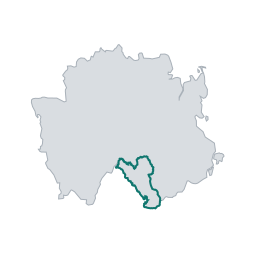 location of Sachsen within Germany, rotated 73°
{"feature_id": "DEU-1601", "entity_name": "Sachsen", "entity_type": "State", "adm_level": 1, "iso_a3": "DEU", "parent_name": "Germany", "parent_adm1": "", "projection": "natural_earth1", "projection_center": [12.997, 50.915], "detail": "fine", "context": "in_parent", "style": "outline", "palette": "teal", "viewbox_px": 256, "rotation_deg": 73, "n_neighbors": 0, "source": "natural_earth", "source_scale": "10m", "svg_char_len": 8705}
<svg xmlns="http://www.w3.org/2000/svg" viewBox="0 0 256 256"><g transform="rotate(73 128 128)"><path d="M109.8,214.0L103.4,210.5L97.7,210.8L96.8,209.7L94.8,209.8L91.9,208.0L89.3,209.0L88.7,210.1L88.9,210.7L91.5,210.8L91.8,211.3L89.2,212.4L84.8,212.0L79.7,213.0L75.3,212.9L72.9,212.0L72.2,210.4L72.5,208.0L73.6,204.8L73.9,202.5L73.5,201.0L74.1,198.8L75.9,195.9L78.6,187.3L84.4,181.4L84.3,179.3L74.6,177.2L73.0,176.6L71.6,175.0L63.8,176.0L63.2,174.4L61.2,173.7L59.0,175.0L58.2,174.8L55.4,171.0L54.7,169.2L53.3,168.1L51.1,167.9L51.9,164.4L54.0,161.8L54.1,159.6L49.8,157.9L47.7,155.4L47.2,152.6L48.6,149.3L52.2,147.3L51.8,144.1L48.9,142.4L48.7,141.9L50.0,140.7L45.6,137.0L46.7,133.4L46.0,132.3L44.0,131.5L43.3,130.4L44.8,130.1L48.4,127.6L48.6,127.2L47.6,126.9L47.5,125.8L49.9,120.5L49.9,119.6L48.1,117.0L48.1,116.0L45.6,113.1L45.6,112.2L49.7,110.3L53.1,111.6L54.4,110.8L56.1,111.0L60.3,109.6L61.5,108.0L59.9,106.7L60.1,105.6L64.8,102.7L65.6,101.3L66.0,98.6L65.4,97.7L64.8,97.1L60.8,96.6L59.8,95.0L60.2,93.0L60.9,92.6L65.8,92.6L67.9,86.7L69.0,84.8L69.6,77.4L67.0,75.2L68.1,71.0L70.0,68.7L71.5,68.1L77.7,67.7L84.6,67.9L87.4,71.3L86.3,73.1L88.0,73.9L88.8,73.6L89.9,70.4L90.5,69.9L93.3,72.0L93.3,74.8L94.2,71.0L93.7,68.4L94.1,65.8L95.8,63.6L100.9,64.5L106.5,64.0L108.5,65.0L113.2,70.0L116.8,71.1L114.1,70.0L108.4,64.0L102.4,62.4L101.0,60.7L101.2,54.6L99.0,53.4L96.5,53.8L96.2,52.4L96.6,51.4L102.1,49.8L102.3,48.2L97.4,42.3L97.3,39.7L101.5,39.9L106.5,41.1L107.8,41.9L114.3,40.8L119.3,42.5L121.6,45.0L121.7,47.2L118.7,49.7L123.7,49.3L124.9,51.2L127.6,50.5L134.3,53.3L139.4,51.9L140.3,54.2L139.3,56.5L135.7,58.9L136.4,60.5L137.6,60.8L141.0,60.5L146.3,62.0L153.5,57.3L159.2,56.8L167.7,49.8L175.9,51.1L178.0,54.1L183.5,57.4L188.5,57.1L190.3,60.2L191.1,64.1L194.0,66.1L198.2,67.0L199.0,71.0L201.1,77.4L201.1,79.4L200.3,81.6L199.0,83.4L196.2,85.6L196.0,86.9L203.1,92.3L205.0,95.1L203.9,99.1L205.0,101.0L206.2,101.6L206.7,102.6L206.7,104.9L207.5,105.6L206.1,109.8L204.8,111.5L205.2,112.9L207.1,115.5L207.1,118.7L211.0,120.8L212.6,125.1L211.6,128.9L208.1,135.4L205.2,134.5L205.4,133.1L204.9,133.0L203.9,131.3L199.7,130.2L198.6,131.1L200.7,133.5L192.0,136.8L185.7,138.1L183.4,140.6L182.3,140.1L179.8,141.1L178.7,142.7L175.7,143.2L174.3,145.2L171.0,144.6L167.0,145.5L165.2,146.5L161.9,150.5L159.3,147.4L158.6,147.4L158.4,148.4L160.0,150.7L160.6,152.5L165.3,155.9L166.3,157.3L164.0,161.0L168.5,167.7L171.9,170.8L173.8,170.8L178.0,174.9L180.8,176.3L182.9,179.2L185.6,179.6L189.8,183.0L190.6,184.2L190.1,188.5L188.0,190.1L184.5,188.6L182.4,193.9L173.4,197.7L170.8,200.0L170.8,200.8L174.5,205.2L174.5,207.2L173.4,209.3L176.0,209.8L176.4,210.9L175.6,215.1L171.8,213.6L171.0,211.2L169.4,210.5L165.6,211.3L160.5,209.3L160.0,211.7L151.2,212.6L145.0,214.9L143.2,216.4L138.4,217.1L137.2,217.0L135.2,214.1L127.1,213.3L125.7,217.8L124.6,219.1L122.1,219.9L122.5,217.9L120.0,217.1L119.9,215.8L118.2,214.5L114.0,212.8L112.2,214.0L109.8,214.0ZM188.2,51.8L188.6,53.3L188.2,54.1L186.1,52.8L184.1,52.8L182.9,54.9L182.0,55.0L178.8,53.1L178.3,52.2L178.5,48.0L179.5,47.1L179.7,45.8L181.4,44.5L183.0,44.4L184.2,46.4L187.2,47.7L187.5,48.2L185.9,49.9L186.2,50.8L188.2,51.8ZM197.3,61.8L197.4,63.7L192.2,63.5L191.7,62.1L192.1,60.8L190.4,59.3L190.4,57.7L197.3,61.8ZM91.4,41.0L90.2,42.9L90.5,39.6L92.6,36.1L93.4,36.2L92.3,37.8L92.0,39.8L96.5,40.0L96.0,40.6L91.4,41.0ZM144.3,51.0L141.5,51.0L139.4,49.8L140.7,48.3L143.4,49.0L144.3,51.0ZM95.7,44.1L95.0,44.7L92.3,44.1L94.3,43.0L95.4,43.3L95.7,44.1Z" fill="#d9dde1" stroke="#a8b0b8" stroke-width="1"/><path d="M201.2,130.8L200.8,130.7L200.6,130.5L200.4,130.3L199.7,130.2L199.2,130.2L198.7,130.6L198.5,131.3L198.3,131.5L198.5,131.6L199.1,131.7L199.5,131.8L199.4,131.9L199.3,132.0L199.7,132.6L200.4,132.8L200.9,133.0L200.8,133.6L200.3,133.9L198.8,133.9L198.2,134.0L197.6,134.5L197.4,134.7L194.5,135.8L194.2,135.8L193.5,135.7L193.1,135.8L192.9,135.9L192.6,136.2L192.4,136.3L192.2,136.3L191.9,136.3L191.7,136.5L191.7,137.1L191.6,137.3L191.3,137.4L190.8,137.7L190.5,137.7L189.6,137.6L189.2,137.7L188.5,137.9L188.2,137.9L186.5,137.9L185.7,138.1L184.9,138.4L185.1,138.8L185.0,139.1L184.8,139.4L184.5,139.6L184.6,139.8L184.5,140.0L184.3,140.1L184.0,140.4L183.7,140.7L183.3,140.7L182.9,140.6L182.8,140.4L182.5,140.1L182.4,140.0L182.2,139.9L182.1,140.0L181.3,140.5L181.2,140.7L181.0,141.2L180.6,141.3L180.3,141.2L180.0,141.0L179.7,141.0L179.0,142.4L178.8,142.7L178.3,143.0L177.3,143.0L176.8,143.1L176.5,143.2L176.1,143.1L175.8,143.0L175.7,143.0L175.4,144.1L175.3,144.5L175.0,144.8L174.5,145.2L173.8,145.2L172.1,144.3L171.8,144.3L171.4,144.5L171.1,144.5L170.8,144.5L170.5,144.6L170.3,144.8L169.8,145.3L169.6,145.5L169.4,145.5L168.4,145.3L167.0,145.4L166.3,145.6L165.6,146.1L165.5,146.4L165.5,146.6L165.1,146.8L164.9,146.9L164.4,147.2L164.2,147.3L163.6,148.2L163.4,148.4L163.2,148.5L163.0,149.1L162.6,149.4L162.5,149.7L162.5,150.1L162.5,150.4L162.6,150.6L162.6,150.9L162.4,151.0L162.0,151.0L161.8,150.7L161.6,150.1L161.6,149.8L161.5,149.7L161.0,149.2L161.3,148.9L161.2,148.7L160.6,148.7L160.3,148.6L160.1,148.4L160.0,147.9L159.9,147.6L159.6,147.4L158.7,147.4L158.5,147.2L158.0,147.0L157.8,147.1L157.6,147.0L156.8,146.6L156.6,146.5L156.5,146.0L156.5,145.9L156.4,145.7L156.1,145.5L155.7,145.0L155.5,144.9L155.0,145.0L154.9,144.8L154.9,144.7L155.1,144.5L155.5,144.4L155.6,144.1L155.8,143.9L155.8,143.6L155.7,143.5L155.5,143.3L155.4,143.2L155.5,143.0L155.6,142.8L155.8,142.6L156.2,142.3L156.5,142.1L156.6,141.9L156.8,141.8L157.0,141.9L157.3,142.1L157.5,142.2L157.9,142.1L158.3,141.5L158.6,141.5L158.8,141.5L159.0,141.6L159.5,141.5L159.7,141.3L159.8,141.0L159.8,140.5L160.3,140.0L160.4,139.9L160.7,139.9L161.0,140.0L161.5,140.0L161.6,139.9L162.2,139.6L162.4,139.4L162.8,138.8L162.6,138.8L162.2,138.8L162.0,138.7L161.9,138.5L161.7,138.2L161.8,137.9L161.7,137.7L161.3,137.7L161.4,137.2L161.6,137.1L161.8,137.1L162.2,136.7L161.8,136.5L161.6,136.3L161.6,136.0L163.0,135.7L163.7,135.2L164.4,135.2L164.6,135.2L164.6,135.3L165.0,134.9L165.4,134.5L166.2,134.2L166.2,133.9L166.6,134.0L167.0,134.0L167.6,134.1L167.9,134.0L168.0,134.0L168.3,134.1L168.5,133.8L168.8,133.7L168.4,132.8L168.0,132.2L167.5,132.0L167.0,131.8L166.7,131.6L166.5,131.2L166.0,130.4L165.8,129.7L163.0,129.0L161.8,129.1L161.0,129.0L160.9,129.0L160.8,128.9L160.8,128.7L160.7,128.4L160.4,128.2L160.2,127.9L160.3,127.2L159.7,127.1L159.7,126.9L159.9,126.7L160.0,126.4L159.9,125.8L159.9,125.5L159.5,125.1L159.5,124.6L159.4,124.4L159.3,124.2L159.6,123.7L159.8,123.5L160.1,123.5L160.3,123.4L160.3,123.2L160.3,122.8L160.1,122.4L160.0,122.2L160.1,121.9L160.0,121.3L159.8,121.1L159.8,120.7L160.1,120.3L160.3,120.1L160.5,119.7L160.5,118.6L161.1,118.2L161.2,117.9L161.3,117.8L161.9,118.0L162.4,118.1L162.6,118.1L163.5,117.7L164.9,117.6L165.0,117.4L165.1,116.9L165.3,116.8L166.7,116.9L167.0,117.0L168.7,116.8L168.8,116.8L169.0,116.9L169.4,116.8L169.5,116.6L169.8,116.2L170.1,116.0L170.8,116.1L171.3,116.3L171.7,116.2L172.6,115.5L172.8,115.3L173.3,115.3L173.5,115.6L173.8,115.8L174.1,115.8L174.3,115.9L174.7,116.0L174.9,116.3L175.2,116.3L175.3,116.2L175.5,116.1L175.8,116.2L176.2,116.5L176.7,116.6L177.2,117.2L177.5,117.3L177.8,117.3L178.4,117.6L178.5,117.6L178.5,117.9L178.4,118.1L178.6,118.4L179.0,118.6L179.1,118.9L179.2,119.4L179.2,119.5L178.9,119.8L178.9,120.0L179.0,120.1L179.0,120.3L179.0,120.5L179.0,120.9L178.9,121.1L178.6,121.4L178.6,121.5L178.7,121.9L178.7,122.0L178.8,122.0L179.1,121.7L179.3,121.7L179.6,121.6L179.8,121.7L180.0,122.0L182.1,121.5L182.3,121.3L182.5,121.2L182.9,121.2L183.8,121.5L184.1,121.7L184.2,121.8L184.4,121.9L184.7,122.1L185.0,122.4L185.2,122.5L185.6,122.5L185.8,122.5L186.7,122.7L189.5,122.9L192.7,122.6L193.0,122.6L193.3,122.6L193.6,122.2L194.6,121.0L194.9,120.5L194.9,120.1L195.0,119.9L195.7,119.2L196.0,119.0L196.7,118.7L197.9,118.4L198.7,118.5L199.4,118.7L200.0,119.1L200.7,118.9L203.2,118.0L204.0,117.8L204.3,117.8L204.7,117.8L205.2,118.0L206.0,118.3L206.8,118.3L206.9,118.6L207.3,118.9L208.5,119.2L208.9,119.5L209.3,119.7L210.2,119.9L210.6,120.0L210.9,120.2L211.2,120.5L211.4,120.8L211.3,121.1L211.5,122.8L211.5,123.2L211.6,123.3L211.9,123.8L212.4,124.2L212.6,124.7L212.5,125.4L212.7,125.5L212.4,126.0L212.1,126.6L212.0,127.3L212.0,127.9L211.9,128.2L211.8,128.4L211.7,128.5L211.5,128.9L211.5,129.3L211.5,129.6L210.7,131.3L209.8,133.1L209.1,133.7L208.9,134.0L208.9,134.5L208.6,135.1L208.4,135.4L208.2,135.5L207.9,135.6L207.5,135.6L206.8,135.5L206.1,135.0L205.9,134.9L205.2,134.8L205.1,134.6L205.2,134.2L205.5,133.6L205.6,133.3L205.5,133.0L205.3,133.0L204.2,133.3L204.0,133.2L204.1,132.9L204.4,132.6L204.5,132.3L204.5,131.9L204.5,131.7L204.3,131.5L204.1,131.3L203.9,131.1L203.4,131.0L203.1,130.9L203.0,130.7L202.9,130.4L202.8,130.2L202.6,130.6L202.4,130.6L201.7,130.6L201.2,130.8Z" fill="none" stroke="#0f766e" stroke-width="2"/></g></svg>